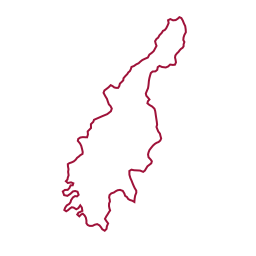 the district of Matozinhos, Minas Gerais, Brazil, rotated 162°
{"feature_id": "56859067B16876835077796", "entity_name": "Matozinhos", "entity_type": "district", "adm_level": 2, "iso_a3": "BRA", "parent_name": "Brazil", "parent_adm1": "Minas Gerais", "projection": "albers", "projection_center": [-44.053, -19.531], "detail": "fine", "context": "isolated", "style": "outline", "palette": "rose", "viewbox_px": 256, "rotation_deg": 162, "n_neighbors": 0, "source": "geoboundaries", "source_scale": "gbopen_adm2", "svg_char_len": 3213}
<svg xmlns="http://www.w3.org/2000/svg" viewBox="0 0 256 256"><g transform="rotate(162 128 128)"><path d="M176.4,43.4L177.3,46.1L178.0,48.7L175.9,50.7L173.9,52.3L172.2,53.8L170.5,55.1L170.5,57.3L170.2,59.6L169.3,62.1L167.9,63.7L167.5,65.7L167.4,67.8L166.3,69.9L164.1,71.0L161.4,71.0L159.1,71.7L157.1,72.0L154.7,71.6L152.4,69.8L151.7,66.8L151.7,64.4L150.3,62.6L149.8,60.5L148.5,59.0L146.4,57.5L144.8,55.7L143.6,58.6L142.0,61.6L140.1,63.9L139.5,65.9L140.2,68.9L140.5,71.3L140.7,73.6L140.9,77.0L141.2,79.5L141.1,83.1L140.0,86.7L137.6,87.3L135.4,86.0L132.8,85.0L129.7,83.8L127.1,81.6L125.1,82.3L123.3,83.9L121.3,85.6L119.0,86.4L116.8,87.2L115.6,89.0L116.2,91.0L117.5,93.8L117.1,96.7L115.9,98.6L114.4,100.4L112.1,102.0L109.6,103.6L107.3,104.6L105.3,105.1L103.3,105.2L101.2,106.1L99.7,107.8L99.6,110.1L99.4,112.8L100.3,115.3L100.5,118.1L100.6,120.2L99.3,122.1L98.7,125.0L98.2,128.1L97.7,131.1L97.2,133.9L96.9,135.8L96.9,138.2L98.4,141.0L100.5,143.3L101.9,145.5L100.8,147.3L98.8,148.5L99.6,150.7L100.6,153.0L100.4,155.3L98.4,157.7L96.7,159.6L95.6,161.7L94.7,163.7L93.6,166.3L92.2,168.9L90.7,171.2L89.3,173.2L87.2,174.1L84.4,173.4L82.2,174.3L80.9,176.7L78.8,177.3L76.8,175.5L73.4,173.9L70.9,174.1L68.3,175.3L65.8,174.1L63.8,173.7L62.1,175.6L61.7,178.2L61.5,180.5L60.5,182.4L58.5,183.8L56.4,184.8L54.9,185.9L53.1,186.9L51.3,187.4L49.9,188.5L49.2,190.5L47.8,192.4L48.2,194.6L47.2,196.9L45.7,199.0L43.4,201.2L42.7,203.8L42.1,207.2L42.5,210.1L42.7,213.2L43.3,216.1L44.9,217.5L47.1,216.5L49.3,215.9L51.9,216.5L54.1,218.5L56.6,218.1L56.9,215.3L58.9,213.0L61.0,210.9L62.8,209.8L64.7,209.6L66.6,208.0L69.4,206.5L71.4,204.6L73.4,203.9L75.4,202.2L75.6,199.8L75.5,197.3L77.6,195.3L79.8,193.2L82.2,192.1L85.0,191.2L87.3,188.9L90.5,188.6L93.4,188.2L95.8,187.3L97.9,186.3L100.4,186.0L103.3,185.1L105.8,185.0L107.2,183.0L108.7,181.5L110.5,180.8L112.0,179.5L114.5,178.2L116.9,176.7L117.8,174.8L119.5,173.9L122.0,172.7L123.4,170.5L125.0,169.2L126.8,169.8L128.5,170.8L129.7,172.6L131.2,174.1L133.9,172.7L136.1,171.9L138.8,171.0L140.4,169.0L139.7,165.1L139.0,162.2L139.0,159.4L138.9,156.4L137.9,154.4L137.4,151.5L139.1,149.2L141.8,148.2L143.5,147.6L148.7,147.2L157.8,146.3L159.1,144.6L162.1,143.1L163.2,139.4L165.5,138.2L167.4,137.2L168.1,134.2L169.8,131.8L172.0,132.6L173.8,133.3L176.3,133.7L178.7,133.0L179.7,131.3L178.4,128.1L178.0,125.5L178.2,122.0L178.5,119.1L179.3,117.4L181.7,116.9L183.7,116.0L185.6,115.4L187.7,113.9L189.9,113.0L192.3,112.7L194.6,112.7L196.4,112.2L197.0,109.9L197.3,107.3L198.5,104.8L199.1,101.4L200.6,99.4L201.5,97.7L203.5,96.6L202.2,94.3L199.0,93.9L197.1,92.3L198.3,90.6L200.3,91.2L202.3,89.0L204.5,87.8L207.1,88.6L209.6,87.8L209.5,83.9L206.6,82.2L203.1,83.2L199.9,84.7L197.7,84.4L195.7,83.0L195.6,79.7L197.6,78.7L199.4,79.6L201.8,79.0L204.4,77.0L205.5,75.3L207.2,74.0L210.2,73.3L212.4,71.6L213.9,69.7L212.5,67.9L210.4,68.4L207.9,69.5L206.0,70.0L204.3,69.1L202.3,66.7L200.0,67.1L197.3,69.2L196.5,66.6L197.0,63.3L198.9,63.0L201.3,62.8L203.0,61.4L201.6,59.0L199.4,60.2L197.5,60.5L196.3,58.2L195.8,55.8L196.1,52.9L197.0,50.2L196.3,48.2L194.8,46.8L191.9,45.9L189.5,46.3L187.0,46.1L185.2,44.2L184.3,41.9L183.8,39.7L181.9,37.5L179.6,38.7L178.5,41.0L176.4,43.4Z" fill="none" stroke="#9f1239" stroke-width="2"/></g></svg>